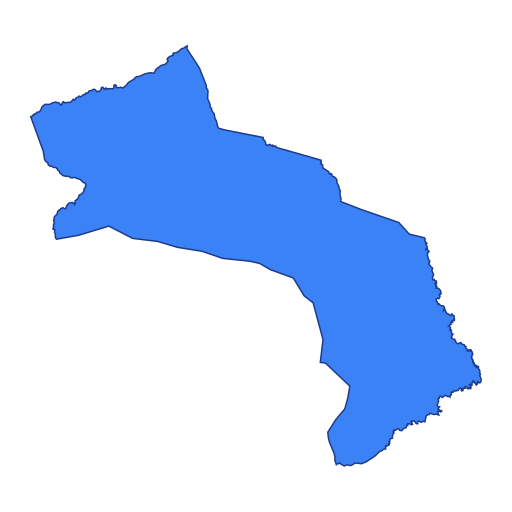 Bunkpurugu Nakpanduri, Northern, Ghana
{"feature_id": "2480657B78318361422462", "entity_name": "Bunkpurugu Nakpanduri", "entity_type": "district", "adm_level": 2, "iso_a3": "GHA", "parent_name": "Ghana", "parent_adm1": "Northern", "projection": "mercator", "projection_center": [0.012, 10.509], "detail": "fine", "context": "isolated", "style": "filled", "palette": "blue", "viewbox_px": 512, "rotation_deg": 0, "n_neighbors": 0, "source": "geoboundaries", "source_scale": "gbopen_adm2", "svg_char_len": 5938}
<svg xmlns="http://www.w3.org/2000/svg" viewBox="0 0 512 512"><path d="M476.5,365.8L475.1,366.0L475.5,365.0L474.0,364.7L474.2,363.0L473.0,362.8L473.3,361.3L472.8,361.3L472.8,359.6L471.8,358.9L471.9,357.9L471.4,357.1L472.0,356.3L471.9,355.1L472.7,354.5L472.2,351.9L470.9,351.3L471.3,350.4L470.7,349.6L469.1,350.0L469.3,350.7L467.4,351.0L467.5,349.5L466.5,349.0L465.6,347.7L466.0,346.5L464.7,346.1L464.4,344.9L461.7,344.0L460.9,342.5L457.5,343.8L455.5,341.9L455.7,341.0L455.0,340.7L454.8,339.3L453.0,339.1L451.6,338.3L451.3,337.1L451.9,337.0L451.9,335.6L452.9,334.2L451.8,334.1L451.5,331.9L450.2,330.3L451.1,330.0L450.0,329.3L450.5,327.9L449.5,326.2L448.6,325.9L451.1,324.3L450.6,323.7L451.5,321.9L452.5,322.4L452.2,320.7L453.2,320.7L453.7,319.7L454.2,320.5L454.5,320.2L454.1,315.8L453.4,315.7L451.9,313.9L450.4,315.6L447.6,313.5L446.6,313.4L445.0,309.5L443.5,310.7L444.5,307.5L443.7,306.2L442.5,305.7L441.9,306.0L439.2,304.5L438.9,303.7L438.0,304.2L437.2,301.6L436.2,301.1L436.2,299.1L437.7,298.3L439.1,298.6L440.0,296.2L439.3,295.3L439.8,294.0L440.8,294.2L441.0,292.5L440.5,290.6L438.8,288.6L437.5,288.0L436.1,288.2L436.0,287.1L436.8,286.3L435.9,284.6L435.5,284.9L435.0,284.1L436.0,283.6L435.7,282.9L436.5,283.0L436.3,281.1L434.0,280.2L434.1,279.5L433.0,279.8L432.3,278.0L433.6,274.7L431.9,270.5L432.6,268.1L430.8,266.6L428.7,263.8L429.5,262.7L429.7,260.7L428.5,259.5L427.3,254.6L427.8,252.9L429.1,251.6L427.6,249.8L425.9,249.8L425.9,249.1L427.3,248.4L427.0,246.2L425.7,244.3L426.0,243.6L426.8,243.4L424.8,240.8L425.1,238.7L424.2,237.7L409.2,234.1L398.8,222.5L361.2,209.5L340.6,201.5L341.0,198.7L340.0,194.9L340.2,190.4L339.1,188.8L339.0,186.7L336.9,182.4L337.0,180.5L336.3,178.8L334.5,177.0L332.2,176.1L332.0,174.6L330.8,173.5L330.3,174.2L329.0,173.4L328.8,171.8L322.7,167.8L322.7,165.0L320.6,163.7L321.2,163.0L321.1,160.2L277.3,147.7L276.1,147.1L276.0,146.2L273.7,145.9L272.8,146.5L272.5,145.1L270.5,145.6L270.0,144.5L269.5,144.4L267.2,145.4L265.8,144.4L265.6,142.6L264.3,140.2L263.1,139.6L263.2,137.5L225.1,130.0L218.8,128.3L217.7,126.6L216.2,120.4L215.1,118.9L214.1,113.7L212.4,111.6L211.2,108.0L210.0,106.8L210.1,104.5L207.6,98.5L208.0,90.7L206.4,87.8L206.3,85.4L199.4,68.0L187.0,48.9L187.2,46.0L185.2,46.9L183.9,48.2L181.7,48.5L179.1,51.0L176.1,52.8L173.4,53.1L172.8,54.0L173.1,55.4L169.6,56.5L168.1,57.7L167.1,59.3L168.1,61.1L165.8,63.8L163.9,64.8L161.3,65.3L157.5,68.1L155.7,69.6L154.2,73.2L150.2,72.7L145.1,73.8L140.1,76.1L136.8,76.7L135.1,77.6L133.8,79.3L128.5,82.4L125.9,85.7L123.0,87.8L122.4,88.0L120.6,87.2L119.0,87.7L116.4,87.6L115.9,86.4L116.3,85.6L115.0,84.7L114.0,85.3L113.6,88.5L113.1,88.7L107.8,88.7L106.4,89.4L105.9,88.0L104.2,89.1L102.8,87.2L102.2,87.2L101.3,87.9L101.0,89.6L99.5,91.4L98.1,91.2L97.2,91.9L94.9,89.5L93.3,89.3L91.7,90.5L89.3,90.8L87.8,93.0L85.8,93.0L85.2,94.4L83.5,94.6L80.9,96.8L78.9,96.1L78.5,96.8L76.0,98.0L74.6,100.3L73.2,99.3L70.8,102.2L64.2,102.7L63.4,101.7L62.5,102.4L61.4,105.1L60.1,104.4L59.1,102.9L55.3,102.1L52.2,103.0L49.7,104.4L45.3,104.3L43.1,105.7L41.8,107.3L40.9,109.8L39.3,111.9L36.8,112.3L35.9,113.6L34.2,114.0L33.9,115.2L33.0,115.1L32.1,116.3L30.7,116.6L43.3,151.3L44.6,159.5L45.5,161.1L48.0,163.1L48.1,164.7L50.4,166.3L51.8,166.3L53.5,167.4L56.0,167.5L56.6,168.5L57.3,168.6L57.8,170.3L59.3,171.2L59.9,173.0L63.0,175.6L66.3,176.4L68.4,176.1L70.3,177.5L71.9,177.9L75.1,177.3L76.1,178.2L80.1,179.4L83.4,182.6L84.7,182.8L85.9,184.2L85.5,185.2L85.9,186.2L83.8,189.4L84.3,190.6L81.7,194.0L79.3,195.0L78.0,198.6L75.1,200.8L75.2,202.1L74.7,202.7L75.2,203.5L74.7,204.7L72.3,202.4L68.8,203.1L66.7,205.7L65.7,208.6L64.5,208.7L63.0,207.7L60.5,208.7L59.8,210.3L58.9,210.2L57.7,211.5L56.8,214.8L55.5,215.4L54.1,217.4L54.2,219.7L53.5,220.1L54.4,222.7L53.4,224.9L53.7,226.9L52.9,228.2L53.2,229.3L54.9,229.5L54.5,232.2L55.4,234.4L55.3,237.3L56.4,239.2L78.2,235.4L108.8,226.1L132.7,238.4L157.5,241.4L177.3,247.3L202.1,251.3L222.7,258.4L249.7,261.2L259.6,263.4L270.7,269.8L293.3,278.0L304.2,295.9L313.1,302.8L323.0,339.5L320.3,362.4L325.5,363.1L349.8,386.1L347.8,398.0L344.8,408.9L335.8,419.6L327.8,432.2L328.3,437.4L329.5,442.4L334.0,453.0L335.0,457.4L334.8,460.1L336.3,464.5L337.0,463.6L338.1,463.9L339.7,462.8L340.3,463.7L344.2,466.0L347.0,464.8L350.4,465.6L353.0,464.5L355.1,463.0L361.4,463.7L366.1,461.9L375.4,455.7L379.7,451.4L382.0,450.6L383.4,449.3L385.7,448.9L385.6,446.6L386.2,446.4L386.2,445.6L387.1,445.9L389.2,444.8L388.4,443.9L389.7,443.2L388.9,441.6L389.8,441.5L389.9,439.1L392.5,438.1L392.3,437.0L393.0,433.9L394.0,433.0L393.3,432.0L393.9,431.4L394.0,430.9L393.5,430.6L393.9,430.0L395.1,430.4L397.4,428.8L398.7,428.9L399.5,430.3L401.8,430.7L403.8,428.4L406.2,427.6L406.7,425.7L408.4,425.4L407.2,425.1L407.7,423.7L409.6,423.8L411.5,424.8L412.5,424.3L411.6,423.1L411.9,422.3L411.2,421.7L411.3,421.2L412.2,421.4L413.2,420.8L414.7,421.4L415.7,423.0L417.2,423.9L417.8,423.7L417.5,422.0L418.4,421.3L419.5,421.2L420.9,422.3L423.8,421.2L424.9,421.8L426.2,415.9L428.1,414.5L429.0,414.6L430.0,413.2L434.1,414.6L436.1,414.1L438.8,415.0L437.6,411.8L439.7,411.3L440.6,411.9L441.8,411.1L441.4,410.5L440.3,410.7L439.1,409.8L438.1,409.7L438.2,408.7L439.6,406.9L438.0,406.6L437.2,405.3L438.6,401.0L438.0,399.4L439.4,398.2L439.1,397.3L439.9,396.3L440.8,396.3L442.3,397.5L445.2,395.2L447.9,396.7L449.4,396.2L450.0,397.0L450.3,395.7L451.3,394.7L451.4,392.1L453.0,392.3L454.2,390.7L455.7,391.1L456.8,390.4L457.8,390.6L460.3,387.9L461.7,388.6L461.2,390.4L461.6,390.9L462.9,390.6L463.2,388.4L465.3,388.2L464.7,386.9L465.4,386.4L467.5,387.3L467.4,388.5L468.0,388.9L469.6,387.6L470.1,388.8L470.8,388.5L471.0,385.9L469.4,384.6L469.9,384.2L472.1,384.8L471.8,384.1L472.0,382.5L472.7,382.6L473.1,380.9L474.0,381.3L474.5,382.9L475.9,382.9L475.8,384.3L476.3,385.0L477.6,383.6L477.8,381.6L479.7,382.9L480.5,382.4L481.3,379.7L479.7,375.3L480.4,374.4L479.7,372.6L479.8,370.8L479.0,369.2L477.3,367.7L478.3,367.5L478.6,366.7L478.1,366.4L476.4,367.1L476.5,365.8Z" fill="#3b82f6" stroke="#1e3a8a" stroke-width="1.5"/></svg>